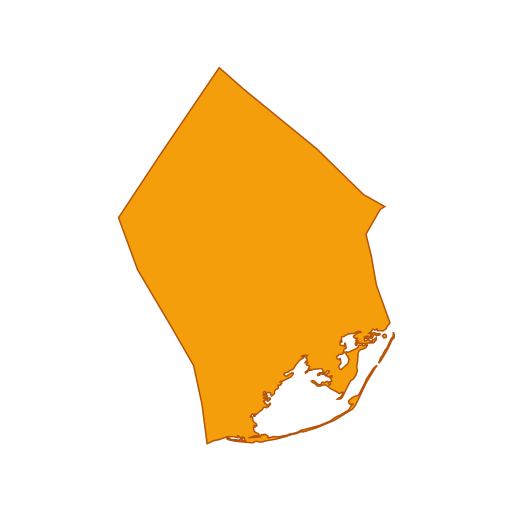 Bir Al-Abd, Shamal Sina', Egypt (Robinson projection), rotated 150°
{"feature_id": "37247803B3069705007202", "entity_name": "Bir Al-Abd", "entity_type": "district", "adm_level": 2, "iso_a3": "EGY", "parent_name": "Egypt", "parent_adm1": "Shamal Sina'", "projection": "robinson", "projection_center": [33.135, 30.752], "detail": "fine", "context": "isolated", "style": "filled", "palette": "amber", "viewbox_px": 512, "rotation_deg": 150, "n_neighbors": 0, "source": "geoboundaries", "source_scale": "gbopen_adm2", "svg_char_len": 6103}
<svg xmlns="http://www.w3.org/2000/svg" viewBox="0 0 512 512"><g transform="rotate(150 256 256)"><path d="M355.9,357.9L365.4,303.4L364.7,236.4L364.8,192.3L377.1,154.1L392.2,117.9L384.9,117.2L380.0,115.5L370.9,113.8L365.6,110.6L362.5,107.8L361.6,109.6L361.1,109.1L361.2,108.0L359.3,104.6L358.8,104.6L358.7,106.1L358.2,106.1L357.2,104.9L357.1,103.6L357.5,102.8L357.5,101.4L360.5,103.6L361.0,105.1L362.0,105.3L362.5,104.4L364.4,106.3L369.0,109.3L371.0,112.4L371.8,113.1L372.6,112.8L372.4,111.7L370.8,109.7L366.6,106.0L353.3,96.5L351.9,95.7L349.5,95.8L347.8,95.1L346.7,93.7L344.1,92.0L339.9,91.0L330.3,87.4L319.6,84.5L314.5,83.7L309.5,81.9L304.9,81.4L303.3,80.1L289.5,76.9L270.1,74.5L248.7,75.2L244.3,77.1L223.5,91.4L208.6,99.5L205.7,100.7L207.8,100.6L210.6,99.9L222.2,94.0L224.6,92.0L236.2,84.5L237.7,84.3L239.8,85.0L243.5,85.2L247.8,84.4L249.1,83.0L248.9,81.0L248.3,80.3L246.1,79.6L246.2,79.0L247.8,79.0L252.8,76.3L263.4,76.1L266.7,76.7L274.9,76.0L285.9,77.5L302.9,82.1L303.4,81.6L304.0,81.8L304.1,82.7L307.5,82.5L313.3,83.9L315.3,84.9L319.4,85.4L322.1,86.6L326.3,87.7L330.9,90.8L336.3,92.4L336.6,93.1L335.7,93.9L337.2,97.0L338.3,97.6L339.1,97.2L340.0,98.3L340.8,98.5L342.0,98.0L342.6,97.1L353.5,102.4L346.4,100.7L344.1,99.0L342.8,99.3L342.5,100.1L344.7,103.7L345.1,105.3L344.6,107.6L344.0,108.6L342.5,108.3L342.3,109.1L342.6,109.8L342.2,110.2L341.0,108.5L340.0,108.6L339.7,110.6L340.7,112.9L340.9,114.4L340.6,116.0L339.5,118.3L341.3,119.3L340.9,120.0L340.1,119.9L339.0,120.8L337.8,120.8L337.5,120.2L337.9,118.3L337.1,117.8L336.5,118.0L336.6,119.3L336.0,119.9L335.0,118.6L330.2,119.6L328.4,119.6L326.8,120.0L325.9,120.8L324.4,121.1L322.8,119.3L320.7,119.3L317.5,120.5L317.3,121.1L317.7,121.6L319.4,120.8L321.2,121.2L320.9,122.1L322.1,123.6L321.5,124.8L322.2,125.8L321.9,126.5L318.1,126.7L317.6,126.5L317.8,125.7L318.7,125.4L318.7,124.6L317.5,124.2L315.2,124.9L314.7,125.8L315.4,126.4L316.1,126.4L316.9,127.7L319.4,127.8L320.5,129.0L320.4,129.5L319.6,129.6L318.6,129.0L317.9,129.0L317.3,129.4L316.7,128.9L316.0,129.2L316.4,130.5L319.3,131.6L319.1,132.3L317.8,132.1L318.0,133.9L316.9,134.3L316.0,134.1L315.7,133.4L316.5,132.2L316.2,131.6L314.0,132.0L311.9,130.3L312.7,127.8L312.5,126.8L310.2,127.3L308.7,127.7L307.8,129.4L305.4,130.6L303.8,130.1L302.6,130.6L302.1,131.5L302.3,132.1L301.4,133.0L299.9,132.0L297.7,132.6L297.1,133.0L298.3,134.6L297.6,135.1L295.1,134.3L286.3,133.8L282.8,135.1L282.4,135.8L282.3,136.5L282.8,137.0L289.9,136.7L290.7,137.8L291.0,139.4L289.9,140.4L285.4,139.3L284.2,140.1L283.0,139.6L280.3,139.5L276.1,141.7L270.4,143.9L266.6,144.0L264.3,144.6L264.6,145.1L266.7,146.0L266.0,146.5L264.5,146.2L261.2,144.2L263.7,142.9L263.4,141.6L263.7,140.0L265.5,139.8L266.6,139.2L265.6,138.9L264.4,137.9L265.6,137.3L266.7,137.3L266.5,135.7L265.5,135.2L264.8,133.3L267.0,132.2L266.0,131.1L268.1,131.3L271.4,130.8L271.7,129.8L269.9,129.7L268.4,130.3L266.7,130.2L265.1,129.3L263.2,129.3L256.5,126.3L255.2,125.0L255.2,123.4L256.0,122.0L257.7,122.1L259.2,123.1L261.9,122.7L262.3,121.6L260.6,120.9L259.5,121.6L258.1,121.2L257.3,120.1L256.4,120.3L255.5,121.1L254.8,120.7L255.1,120.1L256.4,119.6L256.0,119.3L252.3,121.0L250.1,120.1L250.5,119.1L254.1,118.1L255.7,118.2L255.5,117.3L254.2,116.4L254.0,115.2L253.1,114.8L251.6,114.9L250.1,114.3L250.5,113.3L251.2,113.1L252.3,113.7L252.8,113.4L252.5,112.0L253.1,109.5L254.9,110.2L255.4,109.9L255.2,108.1L256.1,107.3L257.2,107.8L257.0,109.4L256.5,110.4L256.5,111.5L257.9,112.2L259.7,111.9L260.8,112.7L260.9,113.3L261.9,113.7L264.0,112.3L265.5,112.7L266.8,114.6L268.0,118.5L269.0,119.7L270.6,120.0L270.5,118.6L268.7,115.8L267.9,112.8L265.6,111.2L263.5,111.0L260.3,109.8L259.0,107.2L257.9,104.0L254.2,98.3L252.7,95.2L249.2,95.0L248.9,94.3L251.2,92.4L254.5,91.1L255.0,91.8L257.1,91.3L254.1,89.9L252.0,90.5L237.6,100.0L235.7,100.8L233.6,100.7L229.5,102.5L225.6,105.9L224.0,110.1L220.8,113.7L216.1,120.9L214.1,122.4L211.6,122.5L209.4,121.8L206.8,121.7L204.0,123.0L204.1,123.9L204.8,124.2L207.8,124.3L208.3,124.9L208.3,125.8L208.7,126.3L209.6,126.2L211.2,127.4L212.3,126.9L213.0,126.0L214.5,125.6L224.3,126.5L225.6,127.9L227.6,128.1L226.7,126.7L227.1,125.8L226.8,122.5L227.2,121.0L226.9,119.5L227.9,119.2L230.0,116.9L239.1,115.1L239.9,116.0L239.9,118.5L238.5,119.8L236.1,120.5L234.3,125.0L234.9,125.3L236.1,124.8L236.9,125.9L237.0,127.8L236.4,128.7L234.7,128.6L234.0,129.3L230.6,128.0L229.4,128.0L229.0,128.7L227.7,129.3L227.5,130.1L226.4,131.1L223.9,131.2L222.4,135.3L222.6,136.0L223.7,135.1L224.4,133.7L227.4,136.6L227.7,137.3L225.4,140.3L224.8,140.4L225.6,138.7L224.5,138.7L223.0,142.4L222.3,143.1L220.4,142.4L214.4,142.4L213.8,141.5L211.6,141.2L210.4,139.9L205.8,139.9L203.1,138.2L203.3,137.4L205.7,138.4L207.1,138.5L211.7,137.7L212.0,136.4L210.9,134.8L209.4,134.1L209.4,133.5L210.8,133.4L212.0,132.7L210.1,131.3L210.7,130.9L212.2,131.2L213.6,130.7L214.4,129.1L213.9,128.4L213.2,128.5L211.9,129.6L210.2,129.0L205.0,125.3L202.9,124.8L197.5,122.0L193.8,123.3L192.7,125.3L195.5,124.6L196.6,125.1L197.7,124.9L198.0,123.9L199.7,124.7L199.4,125.2L200.2,126.6L199.9,127.5L200.5,127.8L203.3,127.6L204.4,128.2L204.1,129.3L202.9,130.2L203.1,130.9L202.5,131.5L201.3,131.5L198.7,130.5L201.0,130.4L201.8,129.9L200.3,128.4L198.9,128.8L198.3,129.3L197.0,129.2L196.0,129.8L194.7,131.5L196.2,131.8L197.0,132.6L193.5,133.1L191.9,134.2L190.9,133.8L190.4,132.8L189.5,132.2L187.6,132.4L188.2,131.1L187.9,130.3L185.5,129.2L183.6,127.6L179.4,128.0L177.7,129.5L173.8,130.9L173.4,131.2L166.3,170.5L156.0,198.8L149.9,219.9L125.0,234.3L119.8,234.4L132.2,255.4L149.8,318.4L183.1,406.1L193.7,437.5L288.2,391.7L355.9,357.9ZM175.1,121.4L177.5,117.8L180.7,116.6L189.0,110.6L190.9,110.1L194.2,108.2L195.5,107.1L194.9,106.6L196.6,105.7L196.7,106.5L198.8,105.6L203.5,101.8L200.3,102.9L188.8,109.3L180.0,115.4L177.3,116.1L175.6,118.7L175.1,121.4ZM187.7,127.0L190.4,128.5L191.7,130.3L193.0,130.9L195.5,129.9L195.8,129.2L198.0,127.9L196.9,126.8L196.2,126.9L193.6,128.7L192.6,128.6L192.0,128.5L192.0,127.7L190.8,126.7L188.7,125.9L187.5,126.2L187.7,127.0ZM182.9,123.4L184.4,124.2L186.5,123.7L186.2,120.9L184.0,120.5L183.0,121.6L182.9,123.4Z" fill="#f59e0b" stroke="#b45309" stroke-width="1.5"/></g></svg>